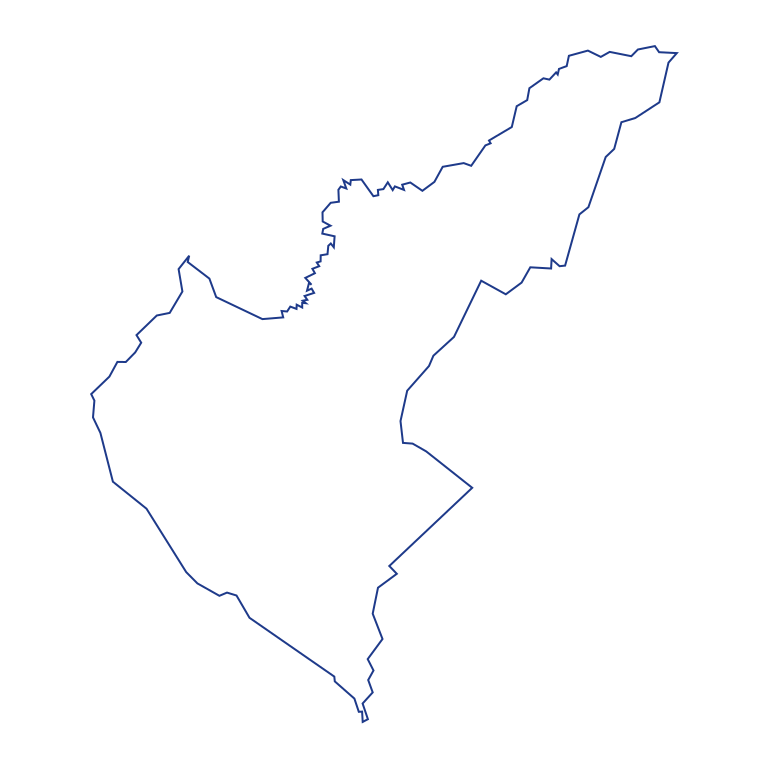 Madrid, Cundinamarca, Colombia (Albers equal-area conic projection)
{"feature_id": "7082276B83937578345103", "entity_name": "Madrid", "entity_type": "district", "adm_level": 2, "iso_a3": "COL", "parent_name": "Colombia", "parent_adm1": "Cundinamarca", "projection": "albers", "projection_center": [-74.258, 4.77], "detail": "medium", "context": "isolated", "style": "outline", "palette": "blue", "viewbox_px": 768, "rotation_deg": 0, "n_neighbors": 0, "source": "geoboundaries", "source_scale": "gbopen_adm2", "svg_char_len": 1906}
<svg xmlns="http://www.w3.org/2000/svg" viewBox="0 0 768 768"><path d="M659.1,52.2L654.9,46.1L637.9,49.5L631.3,56.2L609.7,51.9L600.8,56.9L587.9,50.6L568.9,55.8L566.7,66.1L559.0,68.9L557.7,74.5L556.1,72.4L549.4,79.6L543.4,78.3L529.4,88.2L527.2,100.1L516.7,106.2L511.8,127.0L489.0,140.5L490.6,143.3L485.4,145.4L471.2,165.8L463.7,163.1L442.7,166.8L434.4,181.9L422.4,190.8L410.3,182.5L402.2,184.7L404.0,189.9L394.9,186.4L392.7,190.1L387.8,182.3L383.4,189.1L377.9,189.9L378.3,195.2L373.4,196.2L361.5,179.5L350.8,180.1L350.3,184.6L343.3,180.1L346.3,188.5L340.8,186.5L338.4,189.8L338.9,201.7L330.7,202.8L322.5,212.3L322.7,221.5L330.5,225.7L323.2,228.9L322.3,233.6L334.6,236.3L333.8,247.3L330.8,243.5L328.3,245.8L327.5,254.2L320.7,255.3L320.6,261.4L316.8,262.5L319.2,266.2L312.4,268.8L314.9,273.2L305.3,277.9L311.5,284.7L309.0,283.0L307.0,290.7L311.6,288.6L314.1,292.9L304.6,296.0L307.3,299.8L302.8,300.7L305.8,303.2L302.2,302.8L302.2,307.5L296.7,304.7L296.5,308.9L290.3,306.6L287.1,311.5L281.6,311.0L283.2,317.4L262.4,319.1L216.2,297.1L209.4,278.6L187.7,262.0L189.2,255.7L178.6,269.1L182.4,291.5L169.7,312.9L156.8,315.5L136.5,335.1L141.2,342.7L135.2,352.4L125.8,362.0L117.4,361.9L109.4,376.6L91.2,394.1L94.4,400.6L93.0,417.4L100.4,432.9L112.9,481.7L146.5,508.7L186.2,572.1L197.4,583.4L219.4,595.8L227.0,592.6L236.5,595.5L249.5,617.8L334.3,676.6L334.8,681.4L354.4,698.6L358.8,711.8L362.1,711.6L362.7,721.9L367.9,719.2L362.6,703.5L372.7,692.4L368.2,680.0L373.5,670.5L367.7,659.1L382.5,639.0L372.7,613.7L378.0,587.7L396.8,573.8L389.3,566.0L472.2,487.8L426.2,451.4L412.6,443.6L403.0,442.9L400.5,421.1L407.2,390.7L429.0,366.0L433.4,355.7L454.0,336.9L481.2,280.7L505.8,294.3L521.6,282.6L530.3,267.3L551.1,268.5L551.6,259.1L559.6,266.2L565.1,265.6L579.4,214.4L588.4,207.2L605.7,157.0L614.2,148.9L621.4,122.2L635.3,118.0L659.4,102.3L668.5,62.6L676.8,53.1L659.1,52.2Z" fill="none" stroke="#1e3a8a" stroke-width="2"/></svg>